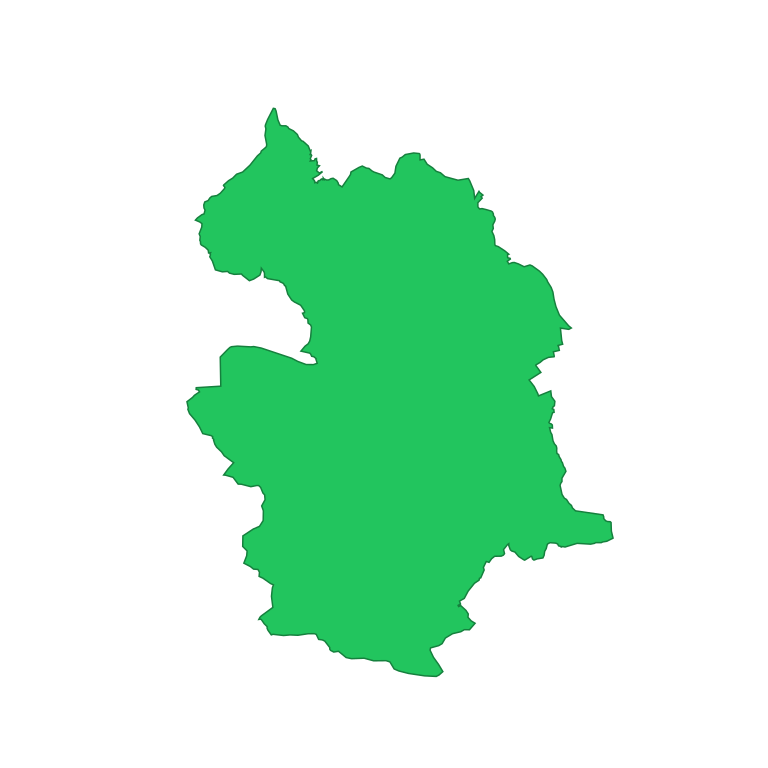 outline of Ilia, Hunedoara, Romania, rotated 164°
{"feature_id": "2599482B21217302662238", "entity_name": "Ilia", "entity_type": "district", "adm_level": 2, "iso_a3": "ROU", "parent_name": "Romania", "parent_adm1": "Hunedoara", "projection": "equal_earth", "projection_center": [22.679, 45.938], "detail": "fine", "context": "isolated", "style": "filled", "palette": "green", "viewbox_px": 768, "rotation_deg": 164, "n_neighbors": 0, "source": "geoboundaries", "source_scale": "gbopen_adm2", "svg_char_len": 6165}
<svg xmlns="http://www.w3.org/2000/svg" viewBox="0 0 768 768"><g transform="rotate(164 384 384)"><path d="M534.0,455.0L541.5,426.9L565.5,432.2L566.1,430.6L564.1,429.4L563.5,427.3L569.3,425.4L571.7,423.9L578.3,421.3L578.7,415.0L579.5,413.7L579.1,409.1L575.6,401.4L573.2,393.6L571.9,386.3L564.2,381.9L563.2,380.5L563.8,379.4L562.9,377.7L563.3,377.0L563.2,372.7L562.3,369.4L558.9,363.6L557.4,359.1L550.2,349.8L557.3,345.3L563.2,340.7L561.4,340.0L554.8,335.9L551.8,328.0L548.8,327.0L540.3,322.0L534.4,321.5L532.4,320.9L531.1,318.6L530.4,312.4L529.3,310.4L530.2,305.6L535.2,300.5L534.9,295.4L537.8,286.0L542.9,281.5L549.7,280.6L561.5,276.9L564.6,266.8L561.6,261.3L563.3,256.8L568.1,250.4L562.8,245.4L560.4,242.0L556.3,240.5L555.6,237.4L557.1,233.5L553.9,230.7L548.0,223.4L545.6,221.4L547.5,218.8L550.7,210.9L552.4,199.9L565.9,194.9L567.5,194.0L569.2,192.2L567.6,192.0L566.8,191.3L565.2,186.5L563.2,183.0L563.7,181.3L563.4,179.2L561.5,173.9L559.7,174.0L549.8,169.9L543.5,168.7L536.0,166.2L526.0,164.9L519.8,163.2L518.1,162.0L517.2,156.5L513.8,155.0L511.8,153.2L508.8,145.7L509.2,144.0L508.8,142.7L506.2,140.2L501.4,139.6L495.8,131.5L490.9,128.9L478.7,125.9L470.3,120.8L458.3,117.5L454.9,115.2L452.8,107.3L448.9,104.1L440.2,99.0L425.5,92.3L414.4,88.5L411.3,89.1L406.7,91.3L408.8,99.2L411.8,107.7L413.1,115.5L412.0,117.5L403.5,117.4L399.7,118.4L395.0,122.9L386.9,125.1L378.4,124.7L374.5,125.7L369.6,124.2L362.4,128.9L365.5,132.3L367.6,136.6L366.4,139.7L367.6,143.7L371.3,149.8L373.6,149.5L373.8,150.8L371.1,151.4L371.3,154.5L365.9,155.8L360.2,161.7L352.0,167.5L346.6,169.3L345.8,170.9L344.4,171.0L339.0,177.6L339.0,180.3L334.6,185.2L332.2,183.6L328.7,186.4L325.1,187.9L318.7,186.2L316.4,186.6L314.9,187.7L314.7,191.9L309.5,195.6L308.1,196.1L308.6,194.3L308.3,189.8L307.3,188.3L304.5,186.4L302.1,181.1L298.2,176.6L297.3,175.9L290.0,177.9L289.5,177.5L289.5,174.9L288.6,173.6L287.9,173.4L285.0,173.7L279.2,173.0L277.3,175.2L275.7,178.8L273.4,181.1L271.5,184.4L270.7,185.2L268.2,185.7L262.8,183.7L261.2,182.4L260.8,180.3L258.4,178.9L258.5,178.4L257.1,178.5L254.9,177.4L242.3,177.6L229.5,173.1L225.4,172.8L224.3,173.2L218.9,171.6L217.3,171.9L213.2,171.4L206.3,172.7L206.0,179.9L203.9,188.3L204.5,189.3L207.1,190.2L208.6,191.4L209.9,194.2L209.4,195.5L209.5,197.8L234.9,209.3L237.0,212.9L237.3,215.6L239.1,218.4L240.4,222.7L242.1,224.5L243.3,228.8L242.7,238.0L241.6,239.7L239.8,241.2L238.9,244.4L233.2,249.9L233.3,253.3L234.1,255.3L234.2,259.3L234.8,260.8L234.7,262.5L235.6,265.8L235.6,268.1L236.9,269.5L236.5,272.0L235.6,274.7L235.5,276.9L236.7,279.5L237.2,282.9L236.5,289.1L237.1,291.6L236.9,296.4L234.2,295.2L233.5,298.2L234.3,299.6L235.7,300.6L236.1,301.6L233.6,304.3L229.9,309.9L228.3,309.9L227.8,312.7L229.1,313.8L227.7,315.5L226.2,316.1L224.5,320.3L226.5,325.7L225.6,331.4L238.8,330.0L238.8,332.1L240.3,340.2L243.4,347.9L230.0,351.9L233.0,360.0L232.7,360.5L228.1,361.7L224.3,363.4L218.5,364.3L213.0,363.3L212.7,363.7L212.3,368.3L206.2,368.0L205.8,372.7L206.8,373.1L201.3,373.0L201.2,376.8L199.0,389.1L191.3,385.6L188.5,386.2L190.4,388.9L196.4,401.8L197.4,411.0L197.2,418.6L196.3,425.8L196.7,430.7L198.5,437.0L198.8,439.6L201.2,445.7L203.5,449.7L209.0,456.7L210.9,458.2L217.0,458.1L221.7,462.4L225.3,464.9L227.2,465.3L230.9,465.0L231.7,468.0L228.1,469.3L228.1,470.0L230.2,471.2L230.3,471.7L229.5,474.4L228.3,474.4L231.2,478.7L236.3,484.6L238.8,486.3L239.0,487.5L237.8,492.3L237.5,496.4L238.2,501.0L236.1,503.3L235.5,507.0L232.6,510.1L231.6,511.9L231.6,513.5L232.4,516.0L232.0,517.2L232.3,519.5L233.3,520.7L237.7,523.5L241.4,525.6L243.8,525.9L244.7,527.7L244.9,528.5L243.8,532.4L238.4,535.6L239.1,537.3L236.8,538.3L239.3,541.9L239.6,543.0L245.7,537.4L244.4,545.3L245.6,555.7L246.3,558.3L256.7,559.5L268.2,566.5L271.5,571.5L275.1,574.0L277.7,578.4L281.9,583.3L283.6,589.1L287.6,589.5L286.3,593.9L286.2,595.1L286.6,595.8L291.8,597.9L300.3,598.7L303.9,597.1L306.5,596.7L312.5,590.0L315.4,583.7L319.8,580.2L321.7,579.5L326.0,582.2L328.0,585.5L335.2,590.5L336.8,592.1L339.1,595.4L341.4,596.4L344.8,599.5L348.3,599.1L357.3,596.9L358.4,594.7L359.9,593.3L370.0,585.0L372.8,588.2L372.6,589.7L373.4,592.6L376.2,595.8L378.3,596.0L380.9,595.4L383.0,595.9L384.6,597.3L385.0,596.9L385.6,598.7L386.0,597.1L386.9,597.3L387.0,598.2L387.7,598.3L389.8,597.2L390.5,597.5L391.7,597.1L392.1,595.8L392.6,595.4L393.8,596.7L395.0,596.5L394.8,598.6L396.0,601.2L389.6,602.8L385.1,604.8L385.2,605.2L388.0,604.6L390.0,607.6L388.4,610.1L385.9,611.6L388.1,613.0L386.9,615.7L387.4,616.3L386.7,619.4L388.2,619.4L389.3,617.9L393.4,618.7L392.4,619.7L392.8,620.9L390.5,623.7L390.9,624.9L392.4,624.8L391.2,625.4L389.8,628.7L390.7,628.5L391.2,633.7L394.9,639.6L396.2,640.5L398.2,644.8L398.5,647.7L401.3,652.3L405.1,655.8L405.5,657.4L407.1,659.2L411.1,660.4L412.5,661.4L413.2,667.1L412.5,676.2L412.8,678.7L414.4,679.5L423.0,670.3L426.4,665.9L427.1,664.6L427.2,661.8L429.9,655.7L430.7,646.8L431.4,644.9L432.4,644.1L437.8,641.7L438.8,640.1L442.8,638.2L452.5,631.3L461.5,626.7L467.9,626.3L472.7,623.6L477.4,622.3L483.2,619.5L483.6,619.0L482.7,616.9L483.5,615.8L488.7,612.5L492.6,611.2L497.9,611.8L500.0,610.9L502.5,608.8L506.1,608.4L507.9,605.8L508.5,602.8L508.1,600.5L510.1,597.1L512.3,597.0L517.5,595.1L520.1,593.5L516.3,590.4L514.8,588.3L515.9,585.1L520.3,579.3L520.0,576.4L521.4,572.9L521.2,571.4L521.7,569.3L521.3,568.0L518.2,564.7L516.5,561.8L516.1,561.0L516.5,558.3L514.5,558.0L515.4,557.0L515.2,556.0L516.4,554.3L515.1,549.6L514.6,540.2L508.5,536.4L503.3,535.3L502.0,533.2L497.8,530.7L490.6,529.0L490.1,527.6L484.9,520.4L480.3,520.8L473.3,522.9L471.3,525.7L470.0,529.1L468.4,524.9L468.4,523.3L469.4,519.6L468.6,519.8L466.9,517.4L456.0,512.1L455.8,510.9L453.4,508.9L452.6,507.4L452.5,506.1L451.6,505.2L451.7,496.9L449.6,490.2L447.5,487.5L442.4,482.7L440.3,476.3L440.7,474.5L442.8,474.5L441.9,469.6L439.6,467.9L439.4,466.9L440.2,463.5L438.3,461.1L438.0,458.8L441.5,449.5L443.6,445.7L445.9,443.5L449.5,442.1L454.8,438.5L446.8,434.1L446.2,432.8L445.9,430.6L444.0,429.6L442.3,427.2L442.6,426.8L442.5,422.3L446.5,422.1L453.5,424.2L460.7,429.5L465.6,434.2L492.1,452.4L498.9,455.9L501.8,456.4L514.4,460.8L520.4,461.9L522.1,461.6L524.9,460.2L534.0,455.0Z" fill="#22c55e" stroke="#15803d" stroke-width="1.5"/></g></svg>